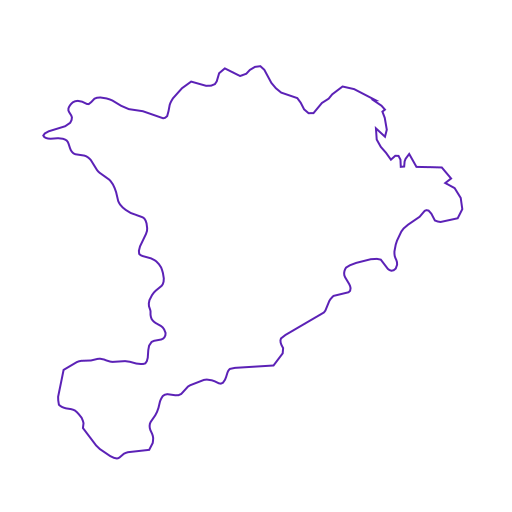 an SVG outline of Rieti, rotated 175°
{"feature_id": "ITA-5424", "entity_name": "Rieti", "entity_type": "Province", "adm_level": 1, "iso_a3": "ITA", "parent_name": "Italy", "parent_adm1": "", "projection": "equal_earth", "projection_center": [13.027, 42.421], "detail": "fine", "context": "isolated", "style": "outline", "palette": "violet", "viewbox_px": 512, "rotation_deg": 175, "n_neighbors": 0, "source": "natural_earth", "source_scale": "10m", "svg_char_len": 4011}
<svg xmlns="http://www.w3.org/2000/svg" viewBox="0 0 512 512"><g transform="rotate(175 256 256)"><path d="M76.1,329.5L63.2,328.0L54.9,316.2L61.1,312.2L52.2,306.3L47.0,296.0L46.4,284.7L51.8,276.0L69.2,273.8L71.9,274.5L74.7,275.8L77.6,282.8L80.1,286.2L82.2,286.8L84.0,286.3L89.6,280.8L101.7,274.0L106.5,270.6L109.1,267.7L114.2,259.0L115.8,255.2L117.7,248.5L117.9,246.1L117.8,243.8L117.3,241.8L116.6,239.9L116.1,237.6L116.2,235.0L117.9,231.3L120.1,229.8L122.4,229.5L124.3,230.4L125.8,231.7L132.0,241.5L135.8,242.6L141.9,242.8L156.8,240.4L163.2,238.6L167.3,236.6L168.4,235.0L169.2,233.3L169.7,231.3L169.7,229.1L169.1,227.1L165.6,219.9L164.9,217.9L164.6,215.7L165.3,213.1L167.0,211.8L182.2,209.5L182.5,209.3L183.4,208.6L185.7,206.4L186.9,204.8L191.7,195.5L193.3,193.8L233.5,174.8L238.3,171.7L239.0,169.8L239.0,167.6L238.5,165.5L237.8,163.7L237.0,161.9L237.9,156.7L248.1,145.4L286.7,146.4L291.8,145.8L292.7,145.1L293.8,143.8L294.6,142.3L296.4,137.9L297.7,135.4L300.0,132.6L302.2,131.9L304.1,132.4L308.1,134.8L310.8,136.0L315.8,137.2L318.7,137.1L332.8,133.0L335.1,131.9L342.5,125.1L345.3,124.1L348.5,124.3L356.4,126.1L359.1,125.7L361.1,124.6L362.3,123.0L363.4,121.3L364.3,119.5L366.4,113.2L368.2,109.3L370.3,106.0L375.3,100.0L376.3,98.2L376.8,96.0L376.8,93.9L376.4,91.8L375.0,87.9L374.5,85.9L374.3,83.6L374.7,80.9L375.2,78.7L379.3,72.2L400.7,71.7L402.9,71.2L404.9,70.5L409.5,67.2L410.8,66.6L412.2,66.4L415.1,67.3L418.7,69.4L428.4,77.3L431.8,81.2L443.4,99.7L442.4,104.5L442.8,106.8L443.8,110.0L446.3,113.8L448.1,116.1L449.9,117.9L451.6,118.8L453.7,119.6L458.6,120.8L460.6,121.6L462.4,122.5L464.0,123.7L465.3,125.0L465.6,129.4L465.4,133.0L460.7,148.8L457.6,159.3L443.8,165.9L441.7,166.5L439.2,166.8L429.5,166.3L422.8,167.3L420.4,167.3L416.3,166.1L414.4,165.1L410.4,163.5L408.2,163.0L395.6,162.7L390.8,161.6L384.6,159.3L379.9,158.4L377.5,158.3L375.6,158.7L373.9,160.8L372.7,164.1L371.5,171.7L370.3,176.0L367.5,179.5L364.9,180.4L357.6,181.1L355.7,181.8L354.3,183.0L353.2,184.9L352.8,187.2L353.9,190.8L355.1,192.9L356.7,194.5L361.7,197.9L363.2,199.2L364.5,200.7L365.5,202.4L366.0,204.4L366.2,206.6L365.9,210.2L366.1,211.6L367.0,215.3L366.9,218.1L366.0,221.3L363.0,226.1L360.9,228.5L358.9,230.2L352.5,234.6L351.3,236.1L350.3,238.5L349.8,241.7L350.2,247.1L350.8,250.2L351.5,252.8L353.4,256.3L355.8,259.3L357.3,260.6L360.8,262.8L369.1,265.9L370.9,266.9L372.2,268.3L372.2,271.4L370.7,275.7L363.7,287.5L362.4,290.5L362.0,293.1L362.2,298.0L362.9,300.9L364.0,303.1L365.5,304.4L377.1,309.8L381.8,313.3L384.6,316.0L386.9,319.1L387.8,320.9L388.5,322.8L389.8,331.8L390.9,336.0L392.3,339.8L394.4,343.4L395.6,344.9L404.5,352.5L405.8,353.9L406.9,355.5L412.2,366.0L413.4,367.5L414.8,368.9L416.4,370.1L418.3,371.0L427.0,373.1L428.2,373.7L429.3,374.6L430.4,376.0L431.3,377.7L431.9,379.7L432.9,384.0L433.5,385.9L434.6,387.6L436.2,388.7L438.1,389.6L442.9,390.6L450.4,390.7L452.8,391.1L454.8,391.8L456.5,392.9L457.4,394.5L455.7,396.5L451.6,398.3L434.8,401.9L429.5,404.9L427.9,407.5L427.3,410.1L427.8,412.1L429.6,415.6L430.2,417.3L430.0,419.3L429.2,420.9L428.0,422.5L426.6,423.9L425.0,425.1L422.8,425.9L420.1,426.1L415.8,424.9L411.2,422.2L409.4,421.9L406.7,423.7L403.2,426.8L400.7,427.5L397.3,427.5L391.2,426.0L388.0,424.7L385.5,423.4L377.3,417.4L369.9,413.4L356.1,410.1L336.5,401.3L334.5,401.6L332.3,403.1L330.5,408.0L328.8,414.1L327.9,416.0L326.8,417.8L325.0,420.3L315.1,429.6L305.7,435.2L305.4,435.4L290.9,429.9L285.9,429.6L282.0,430.8L279.9,433.4L276.8,441.3L270.7,445.6L256.2,436.7L249.8,438.4L245.9,441.9L240.5,444.5L235.1,444.7L231.5,440.8L225.6,427.1L221.6,421.4L216.7,416.6L201.1,409.7L198.1,404.8L195.3,397.9L191.2,393.7L186.3,393.3L177.0,402.7L169.9,406.4L166.0,410.4L155.0,417.3L143.7,413.7L123.2,400.7L125.3,400.8L117.9,394.8L114.8,390.6L117.5,388.8L115.7,382.4L114.7,370.4L117.1,363.6L125.4,372.7L125.6,361.5L122.2,353.9L117.5,347.5L113.2,340.2L108.5,343.7L105.3,343.3L103.7,339.4L104.0,332.2L100.6,332.2L99.7,337.3L98.5,339.8L94.5,344.3L88.4,330.8L76.5,329.5L76.1,329.5Z" fill="none" stroke="#5b21b6" stroke-width="2"/></g></svg>